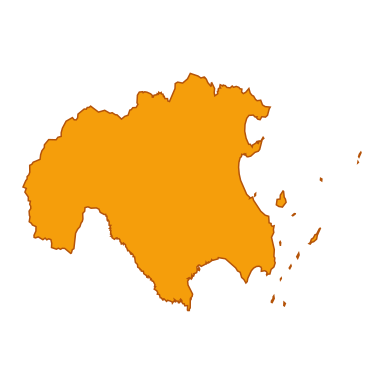 Mueang Chumphon, Chumphon, Thailand (Equal Earth projection)
{"feature_id": "78962969B98513792826345", "entity_name": "Mueang Chumphon", "entity_type": "district", "adm_level": 2, "iso_a3": "THA", "parent_name": "Thailand", "parent_adm1": "Chumphon", "projection": "equal_earth", "projection_center": [99.148, 10.452], "detail": "fine", "context": "isolated", "style": "filled", "palette": "amber", "viewbox_px": 384, "rotation_deg": 0, "n_neighbors": 0, "source": "geoboundaries", "source_scale": "gbopen_adm2", "svg_char_len": 5993}
<svg xmlns="http://www.w3.org/2000/svg" viewBox="0 0 384 384"><path d="M56.4,249.2L58.3,248.2L60.6,249.3L62.2,248.3L64.7,248.4L70.7,253.4L71.4,253.0L72.3,249.7L73.9,248.7L75.6,233.2L77.6,229.3L79.9,226.7L81.0,223.2L82.3,221.3L82.9,219.0L82.7,213.4L84.7,211.2L85.0,207.6L88.0,206.8L91.0,208.2L96.4,207.9L99.0,209.2L100.2,212.3L104.2,214.5L105.7,214.4L106.1,216.2L106.9,216.2L107.2,220.2L107.7,220.8L108.2,220.2L109.1,221.6L109.1,225.2L110.7,225.4L110.0,226.2L110.5,227.3L109.5,228.3L110.6,228.6L110.0,230.1L110.8,230.4L110.6,234.1L111.1,234.0L111.6,235.5L111.0,236.1L112.0,236.2L112.0,237.6L114.4,239.3L116.3,237.9L117.2,238.0L117.1,238.9L119.1,238.7L120.0,240.0L120.1,241.6L121.4,242.8L121.1,243.8L121.9,244.1L123.4,243.1L123.7,244.2L124.1,243.6L125.5,244.7L125.7,246.7L126.8,248.0L127.7,250.7L128.4,250.4L129.7,251.6L130.8,254.1L131.4,254.2L131.4,253.1L132.7,254.2L133.5,255.8L133.1,256.6L134.6,256.9L135.4,262.4L137.5,264.5L137.7,267.1L139.9,268.6L140.0,269.6L140.9,269.7L141.3,271.1L143.4,271.3L143.8,273.7L146.5,275.6L146.9,277.7L147.2,276.4L148.0,277.6L148.6,276.2L150.6,278.6L150.6,279.5L151.2,279.0L152.2,281.1L153.3,281.3L155.0,284.8L154.5,286.6L155.5,286.7L154.2,289.1L156.7,290.7L157.8,292.8L157.3,294.1L159.4,294.6L160.2,297.7L161.3,297.9L163.2,300.5L163.0,299.0L163.9,298.8L166.6,301.4L167.6,300.3L170.2,301.0L172.2,302.0L172.4,303.1L173.8,301.2L175.2,301.7L174.5,299.5L176.7,301.2L178.7,301.2L178.3,302.6L179.0,302.9L180.8,301.2L180.2,299.6L180.6,299.1L181.8,300.5L181.9,302.3L183.0,303.8L184.1,303.7L184.8,305.8L187.6,305.6L187.4,310.0L187.9,310.6L189.3,310.5L189.3,309.3L190.2,307.9L190.3,299.5L191.0,299.5L191.2,298.5L190.6,298.1L192.1,296.5L192.6,294.1L188.0,285.0L187.6,281.1L189.1,279.1L187.6,278.6L189.2,277.6L191.2,279.0L191.8,275.4L192.3,276.7L192.5,275.5L193.6,276.1L194.2,274.4L193.8,273.7L196.6,272.7L197.2,270.2L196.9,266.9L198.4,265.2L199.6,265.0L201.2,266.4L205.9,263.9L206.1,262.6L206.6,263.7L208.4,262.1L208.7,262.8L211.3,261.0L211.7,259.6L212.5,260.4L218.0,258.9L218.3,257.6L225.4,258.8L235.7,267.9L237.5,270.9L240.2,272.3L241.6,277.4L243.9,279.5L245.9,283.0L247.2,281.6L247.8,278.3L251.3,270.8L253.6,268.1L256.4,266.5L259.1,266.2L260.9,267.1L261.5,268.3L261.3,271.3L264.8,270.7L266.4,271.6L267.1,272.8L266.5,274.5L266.8,275.2L267.6,274.2L269.9,274.0L271.1,269.4L273.9,267.0L275.2,262.8L274.5,261.0L274.8,258.0L273.9,256.5L274.3,249.6L271.5,237.3L273.8,232.5L273.4,229.6L274.1,225.8L272.2,226.4L271.1,224.9L271.1,223.5L269.1,222.8L268.7,216.3L265.2,215.2L260.8,211.3L253.5,200.2L252.7,197.0L249.7,198.4L250.0,197.6L246.7,194.4L240.6,180.4L239.2,174.1L238.6,167.3L238.9,162.5L240.1,157.8L241.4,156.6L241.7,154.3L243.0,154.7L244.1,153.8L244.8,154.9L245.7,154.1L246.0,156.1L245.9,155.3L247.1,156.8L248.1,156.8L250.8,156.1L254.9,152.4L258.3,151.2L259.7,149.4L262.1,139.9L263.8,138.3L263.1,137.3L261.2,140.5L260.2,141.3L259.2,140.9L258.2,143.5L257.6,143.1L258.0,141.3L257.0,141.4L255.7,143.2L252.7,145.0L252.2,147.0L250.3,144.3L248.7,144.3L246.1,138.2L244.7,131.2L245.0,124.5L246.7,118.4L248.9,115.4L253.2,115.1L255.0,116.9L256.9,116.9L256.4,117.6L257.8,119.2L260.1,119.7L261.8,116.7L265.5,117.1L267.5,115.3L269.2,108.9L270.2,107.1L265.1,106.6L262.5,104.9L260.7,100.2L257.1,100.7L255.5,99.4L253.6,96.1L252.1,95.4L250.2,93.1L248.9,88.5L245.7,92.3L243.3,93.6L241.6,92.0L241.9,89.1L239.9,88.7L238.9,87.4L236.2,86.4L233.6,87.3L232.2,86.0L230.1,87.9L226.8,87.4L225.3,85.6L223.4,85.4L223.5,84.5L222.7,86.0L220.2,84.7L219.8,86.3L220.5,88.0L219.4,87.9L218.2,89.1L218.4,91.0L217.4,91.4L217.8,93.7L214.8,95.8L214.2,92.6L214.6,88.6L211.8,82.8L211.2,83.2L211.3,85.8L210.8,86.2L207.8,82.6L206.3,79.2L205.0,77.6L204.3,77.9L204.1,77.0L200.9,78.0L198.0,76.0L190.3,73.4L187.5,78.9L182.6,83.1L177.7,82.1L175.2,83.6L175.0,88.6L169.5,101.5L167.9,101.0L167.5,98.6L164.9,98.6L164.2,96.3L163.5,96.5L163.0,94.2L161.4,93.9L161.2,92.5L159.8,93.3L158.8,92.3L158.3,94.2L157.2,93.6L156.9,94.7L154.0,95.2L153.1,97.2L152.3,97.1L152.2,95.3L150.6,93.8L147.0,92.2L144.7,91.8L143.1,92.7L142.7,91.7L139.3,92.1L137.4,95.2L137.0,102.8L137.9,104.4L136.1,107.5L132.8,107.7L131.2,109.7L129.8,110.1L128.1,115.2L124.7,116.4L121.5,119.1L117.1,114.9L115.3,114.7L112.2,112.7L109.9,113.3L104.7,110.3L98.5,112.1L90.6,106.1L89.2,107.4L87.2,107.5L86.3,109.2L84.2,109.0L78.0,114.1L77.6,117.9L76.2,119.9L74.2,119.8L72.4,117.6L66.1,121.2L62.4,128.2L61.2,132.7L61.2,136.4L57.9,137.3L56.1,139.8L48.7,139.6L44.4,144.8L44.3,147.6L41.9,150.8L40.6,154.8L40.1,159.3L33.2,162.2L31.7,164.4L29.7,165.3L29.8,172.2L28.8,174.9L27.1,176.6L27.1,179.0L25.8,180.6L23.0,187.0L26.3,188.4L24.9,192.1L28.3,197.0L28.3,200.7L30.4,201.2L29.7,204.2L30.7,206.2L30.8,208.5L29.1,211.1L29.4,215.4L30.0,216.8L29.2,221.7L31.4,223.3L32.4,225.0L36.0,226.6L35.9,231.1L34.0,235.3L34.1,237.4L35.5,237.9L38.2,236.9L42.9,239.7L45.1,238.1L46.8,239.8L48.7,238.8L50.9,239.6L51.7,243.3L51.5,247.5L56.4,249.2ZM285.4,199.1L284.2,197.2L283.6,191.5L283.0,191.0L280.3,195.1L280.1,199.0L277.1,199.4L276.3,204.8L278.8,206.5L282.4,207.1L286.1,202.3L285.4,199.1ZM317.3,235.3L320.6,227.8L319.2,229.0L316.6,234.2L315.0,234.7L313.4,237.8L311.4,239.2L310.2,242.7L309.0,243.6L310.2,244.1L311.6,242.3L313.7,241.7L316.6,239.2L317.3,235.3ZM272.2,302.6L274.2,298.6L273.8,295.8L273.1,296.8L273.1,298.5L271.4,301.0L271.4,302.3L272.2,302.6ZM298.7,253.1L296.7,256.7L297.7,258.4L299.1,255.0L298.7,253.1ZM359.0,157.2L361.0,152.7L360.8,152.2L359.4,154.1L358.6,156.6L359.0,157.2ZM321.7,180.9L321.9,179.0L320.6,178.3L320.4,180.0L321.7,180.9ZM199.3,270.5L199.7,269.1L198.9,267.4L198.1,269.9L199.3,270.5ZM289.8,268.7L291.2,266.0L290.9,265.2L289.2,268.0L289.8,268.7ZM285.4,303.5L284.0,302.2L283.8,305.5L284.4,305.9L285.4,303.5ZM280.4,245.9L280.7,242.6L280.2,241.6L279.7,242.4L280.4,245.9ZM292.8,215.8L295.1,214.1L295.2,213.7L294.3,213.6L292.3,215.4L292.8,215.8ZM254.8,196.0L255.5,195.5L255.6,193.4L254.8,194.1L254.8,196.0ZM280.5,279.8L281.3,278.6L281.2,278.0L280.4,279.0L280.5,279.8ZM357.8,162.9L358.4,162.4L358.0,161.7L357.8,162.9Z" fill="#f59e0b" stroke="#b45309" stroke-width="1.5"/></svg>